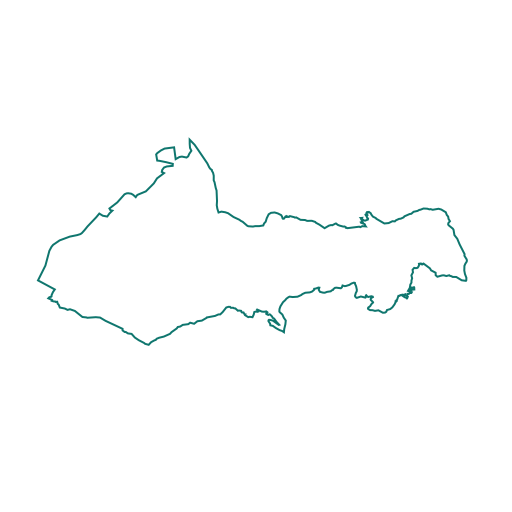 outline of Milcoiu, Vâlcea, Romania, rotated 189°
{"feature_id": "2599482B82610834296964", "entity_name": "Milcoiu", "entity_type": "district", "adm_level": 2, "iso_a3": "ROU", "parent_name": "Romania", "parent_adm1": "Vâlcea", "projection": "natural_earth1", "projection_center": [24.434, 45.034], "detail": "fine", "context": "isolated", "style": "outline", "palette": "teal", "viewbox_px": 512, "rotation_deg": 189, "n_neighbors": 0, "source": "geoboundaries", "source_scale": "gbopen_adm2", "svg_char_len": 6081}
<svg xmlns="http://www.w3.org/2000/svg" viewBox="0 0 512 512"><g transform="rotate(189 256 256)"><path d="M369.6,342.2L370.5,340.7L368.5,334.8L366.3,334.9L359.3,334.6L352.6,334.0L352.4,332.0L358.1,330.5L360.7,329.0L362.1,326.3L362.2,324.3L359.8,323.5L365.9,317.2L368.3,311.7L374.9,302.6L382.1,298.2L383.1,297.3L384.0,295.3L386.9,297.2L389.0,298.0L392.1,298.0L393.6,297.6L395.5,296.4L401.4,287.2L408.2,280.0L407.0,278.5L405.0,278.3L407.4,275.1L409.1,271.7L413.6,271.8L417.4,273.4L419.9,269.2L427.0,258.9L429.3,254.9L431.5,251.5L432.8,250.2L435.8,248.7L443.0,246.0L452.4,240.7L458.1,235.3L459.4,233.1L460.9,228.8L462.5,213.6L467.5,197.8L449.5,191.5L450.9,188.6L451.8,185.3L451.6,184.4L451.8,183.8L453.7,182.9L454.5,181.7L450.6,180.7L450.8,179.8L449.0,179.5L446.9,179.6L446.6,179.3L445.2,179.7L444.3,177.7L443.3,177.1L441.7,174.4L436.6,174.2L433.7,173.3L431.4,174.3L426.3,173.4L417.9,168.6L413.8,168.8L413.0,168.6L404.7,170.5L400.4,170.8L394.4,168.4L376.4,163.2L376.1,161.6L373.8,160.4L372.8,160.6L370.4,159.5L366.7,159.6L362.9,156.5L358.6,154.5L352.9,152.6L351.8,151.9L348.1,151.5L346.1,154.5L343.0,156.9L341.9,157.4L341.2,158.7L338.9,160.1L334.4,162.0L328.7,165.7L327.6,167.5L322.9,172.1L322.2,173.6L319.8,174.5L317.6,176.5L312.2,178.1L310.6,179.8L306.5,179.4L303.7,182.4L299.4,183.7L295.1,187.2L295.0,187.6L287.1,190.4L284.0,192.4L282.2,192.7L280.1,195.5L277.3,200.5L275.2,201.5L273.7,201.7L272.7,200.9L270.5,201.3L269.4,200.9L268.2,201.0L265.3,199.1L264.4,199.5L262.1,199.5L261.4,198.2L260.9,198.0L259.5,198.3L257.9,196.2L257.3,196.5L257.2,195.7L254.1,194.4L252.6,195.0L249.9,195.0L249.1,197.7L248.9,200.4L247.5,201.1L245.8,201.1L245.1,201.5L245.3,202.0L246.6,203.1L246.5,203.3L241.5,202.0L239.2,202.2L237.2,202.9L235.9,202.2L235.8,201.9L236.9,200.9L236.7,200.3L234.7,199.7L233.5,200.5L232.9,200.4L230.6,198.7L229.9,197.6L228.3,197.0L225.4,194.1L222.3,191.7L222.7,191.5L229.2,194.8L232.1,195.1L233.2,195.0L233.6,194.4L233.5,193.6L231.5,191.4L231.0,189.8L228.4,189.6L225.0,187.9L221.1,186.5L218.4,186.0L216.5,185.1L216.7,188.2L216.3,193.2L216.5,196.9L218.9,199.4L220.8,202.3L223.9,204.3L224.3,205.0L224.5,207.3L224.0,210.1L222.1,214.6L220.2,217.0L219.3,218.6L217.5,220.4L216.5,221.1L213.3,221.2L208.6,222.3L205.1,224.6L204.3,225.6L201.6,227.4L197.1,228.5L195.1,229.6L193.3,231.7L193.4,232.7L191.9,233.2L189.4,234.6L188.5,234.6L188.8,232.5L187.2,230.6L184.0,230.3L182.3,230.5L180.2,231.7L176.7,232.8L175.8,233.9L174.6,234.6L174.4,235.4L173.0,236.9L171.6,237.3L167.2,237.4L166.3,238.4L165.9,240.4L163.8,240.1L162.6,240.4L159.2,242.1L157.5,243.7L155.1,245.0L154.1,244.9L153.8,243.9L152.4,241.8L151.1,238.4L151.0,236.9L151.6,235.2L152.0,232.1L151.6,231.4L150.6,230.6L149.9,230.4L146.1,232.4L141.5,232.0L141.2,232.3L141.3,234.2L141.0,234.5L139.6,233.3L138.7,233.1L135.8,234.3L134.3,234.1L134.1,233.7L135.8,232.4L136.0,231.1L135.7,230.5L133.4,228.9L133.1,228.4L134.5,226.5L135.4,224.3L137.1,222.6L137.2,221.7L136.9,221.2L134.9,220.4L132.4,220.7L129.9,220.4L126.6,221.5L121.8,219.8L119.7,220.3L118.6,221.3L118.2,223.1L115.1,224.6L113.3,226.6L111.5,230.1L111.3,231.2L110.8,232.1L111.0,232.7L110.6,233.1L110.8,233.4L110.0,233.8L110.3,234.4L109.8,235.0L109.1,238.9L108.2,239.0L107.4,239.6L107.3,240.0L106.2,240.1L105.6,240.7L104.1,240.7L102.8,241.4L102.7,240.5L103.4,239.4L104.1,239.2L102.6,238.5L101.3,238.5L100.6,237.7L100.1,237.8L99.7,239.7L100.8,240.5L100.5,242.3L99.2,242.4L98.6,243.4L96.8,243.8L96.5,244.6L98.0,244.7L98.5,245.5L96.4,247.2L94.4,247.7L94.8,249.6L95.1,249.9L95.9,249.4L97.0,249.2L97.9,249.3L98.2,249.7L97.9,248.4L98.1,247.7L99.0,246.7L99.8,245.2L100.4,245.3L99.1,248.6L99.1,251.9L98.3,254.0L98.6,256.1L98.3,258.4L99.5,261.2L98.4,264.4L99.2,266.9L97.9,269.0L96.1,269.0L94.6,269.6L93.8,271.2L93.5,273.0L93.8,273.8L92.3,274.3L91.5,273.7L91.0,274.3L90.1,273.8L89.3,274.7L82.3,271.0L80.8,269.2L76.0,267.6L75.5,265.1L73.6,263.9L69.0,266.0L67.3,266.3L64.9,266.0L62.1,267.2L61.2,266.7L59.6,266.6L58.7,266.1L54.9,266.6L49.0,264.2L44.8,264.3L44.5,265.0L44.8,267.4L46.8,270.9L48.0,274.2L48.6,278.9L48.0,281.2L47.0,283.4L47.0,284.6L47.4,285.6L49.9,288.5L50.2,288.9L50.3,290.5L56.7,299.3L59.9,304.5L63.3,307.7L65.0,312.8L65.9,313.8L70.4,316.4L71.1,317.1L71.2,318.5L69.9,320.7L71.6,322.7L72.4,325.0L74.0,326.4L75.4,328.9L80.3,330.9L83.1,331.2L88.7,329.3L90.9,329.6L92.0,329.2L94.3,329.5L98.0,329.1L100.9,327.4L101.9,327.1L103.5,325.8L107.3,324.3L109.2,322.0L110.8,321.5L115.6,318.4L116.3,317.2L118.9,315.5L120.6,315.0L123.4,313.1L124.3,311.9L126.7,311.7L130.1,309.3L134.3,308.2L143.0,311.6L143.6,312.2L146.7,313.2L148.6,315.0L149.4,316.2L151.2,317.1L151.5,316.7L152.2,317.0L153.2,316.7L153.2,316.1L153.6,315.7L152.7,314.4L153.9,314.3L154.3,314.0L153.9,313.3L152.7,312.8L152.9,312.3L152.0,310.8L151.2,310.6L151.2,309.5L153.7,308.0L154.9,308.0L156.9,309.1L157.5,309.7L157.3,310.2L158.5,309.9L157.8,309.3L157.9,308.8L157.7,308.5L157.0,308.5L156.2,307.9L156.8,307.0L156.1,306.2L157.7,305.6L157.5,305.3L154.1,304.6L153.4,304.2L153.0,303.2L152.2,302.4L155.7,302.1L157.5,300.8L158.6,301.1L170.0,297.8L171.3,297.9L171.2,298.2L173.1,299.0L174.4,298.7L178.2,299.1L180.3,299.6L181.9,300.6L182.5,300.5L185.5,298.3L186.7,298.3L188.7,297.4L192.6,294.2L198.3,296.9L202.0,298.2L202.8,298.9L206.4,299.5L211.0,298.7L213.2,299.2L217.7,298.7L222.3,300.4L223.5,300.0L224.3,300.3L228.7,300.7L229.2,300.5L229.5,299.8L230.3,299.6L231.7,300.1L231.8,299.3L232.7,299.2L233.1,299.5L234.2,297.3L235.1,297.0L235.8,297.6L236.3,298.8L237.5,300.3L241.2,301.5L244.4,301.9L247.9,301.0L250.0,299.2L251.3,295.0L251.8,291.4L253.1,289.4L253.6,287.3L257.5,286.0L261.7,285.3L263.6,284.6L268.1,284.2L269.2,284.4L274.5,287.7L276.4,288.3L278.1,289.2L284.3,291.0L290.3,293.9L293.3,294.4L297.1,294.4L299.8,293.1L301.6,296.7L302.7,300.0L303.1,304.2L305.2,314.5L306.4,316.9L308.5,322.4L309.6,324.1L310.3,328.7L311.4,331.4L312.9,333.3L313.0,334.0L314.8,335.0L316.0,336.2L318.6,339.9L329.6,351.6L334.0,356.2L339.7,360.5L339.0,356.3L338.1,352.5L336.3,349.8L337.9,346.5L338.6,343.8L340.0,342.4L344.7,342.6L347.1,341.8L350.5,339.1L353.9,350.5L363.1,347.8L366.4,345.4L369.6,342.2Z" fill="none" stroke="#0f766e" stroke-width="2"/></g></svg>